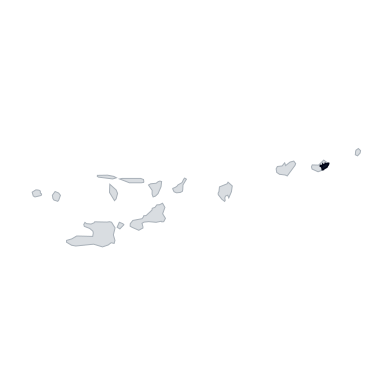 location of South West Tanna, Tafea, Vanuatu, rotated 282°
{"feature_id": "77236927B40431360126678", "entity_name": "South West Tanna", "entity_type": "district", "adm_level": 2, "iso_a3": "VUT", "parent_name": "Vanuatu", "parent_adm1": "Tafea", "projection": "mercator", "projection_center": [169.354, -19.575], "detail": "fine", "context": "in_parent", "style": "filled", "palette": "ink", "viewbox_px": 384, "rotation_deg": 282, "n_neighbors": 0, "source": "geoboundaries", "source_scale": "gbopen_adm2", "svg_char_len": 3954}
<svg xmlns="http://www.w3.org/2000/svg" viewBox="0 0 384 384"><g transform="rotate(282 192 192)"><path d="M125.0,88.4L127.9,104.1L131.3,104.0L133.1,103.2L135.1,99.5L136.0,93.8L137.8,92.9L140.0,93.6L139.1,95.4L139.7,100.0L141.5,102.6L142.6,103.0L144.9,115.1L145.8,117.6L145.7,119.6L140.9,124.2L133.7,124.0L128.6,126.7L125.5,126.5L125.6,123.5L122.8,121.1L119.7,115.9L120.5,106.6L115.0,89.5L114.9,85.2L116.8,79.7L118.6,79.4L121.1,84.1L125.0,88.4ZM155.5,148.7L157.6,149.7L158.7,149.7L159.4,152.0L166.0,156.6L167.8,156.5L169.3,159.0L172.1,160.3L172.8,162.9L174.9,165.5L171.3,168.7L164.6,167.8L160.7,171.5L157.1,170.5L156.5,168.6L157.0,168.0L154.9,163.2L154.0,155.8L152.6,151.4L151.0,149.6L147.8,151.2L146.6,151.5L143.5,147.9L145.0,140.7L145.7,138.6L148.2,138.2L151.9,140.1L155.5,148.7ZM243.4,285.1L241.3,287.5L239.4,287.2L227.5,281.8L228.0,279.6L227.5,273.9L228.8,270.8L232.1,269.5L234.7,270.2L236.2,274.7L239.8,276.6L237.3,278.1L241.6,281.6L243.4,285.1ZM202.7,217.8L207.3,224.6L209.1,225.2L206.3,230.1L200.6,230.5L193.9,229.2L196.3,227.6L195.0,225.6L193.0,225.3L190.7,226.2L189.6,225.9L191.1,222.7L194.8,218.3L195.9,217.9L197.0,217.9L197.9,218.3L202.7,217.8ZM195.9,160.1L190.7,160.6L183.3,159.1L180.4,157.1L179.1,155.0L181.6,153.4L185.3,152.7L189.8,148.0L191.4,149.8L193.1,155.1L195.0,156.7L196.0,158.3L195.9,160.1ZM250.6,314.2L248.2,319.5L244.0,318.3L240.1,314.4L238.0,311.1L239.4,304.7L241.4,303.6L243.5,304.0L244.6,310.2L250.6,314.2ZM192.1,142.7L191.3,142.7L190.5,140.5L188.0,128.9L189.7,118.5L190.7,120.7L194.6,139.0L194.1,142.0L192.1,142.7ZM202.8,181.2L204.1,181.9L203.4,183.9L197.1,181.7L192.1,182.5L190.6,182.4L189.1,180.6L188.0,177.0L188.5,174.4L190.7,172.7L191.5,172.4L193.0,174.6L194.5,176.1L195.9,176.7L199.1,180.3L202.8,181.2ZM178.3,117.3L175.2,119.5L169.5,119.2L167.4,118.0L174.4,111.4L182.5,110.0L178.3,117.3ZM163.3,61.7L161.4,64.0L156.3,63.3L155.0,62.6L155.4,58.7L156.7,57.3L159.8,56.1L164.0,58.0L163.3,61.7ZM159.0,45.0L158.3,45.4L157.2,45.1L154.5,39.4L155.2,37.5L158.6,35.7L161.6,38.8L161.9,40.6L161.9,42.1L161.4,43.4L159.4,43.9L159.0,45.0ZM191.0,112.2L190.2,115.1L188.3,111.7L187.1,97.4L187.6,96.1L188.6,96.0L190.9,105.9L191.0,112.2ZM269.1,345.7L267.5,348.3L265.0,348.3L261.8,346.4L262.4,344.0L266.0,343.6L267.1,343.8L269.1,345.7ZM146.6,131.0L145.8,132.2L140.9,129.1L142.0,126.1L147.3,127.2L146.6,131.0Z" fill="#d9dde1" stroke="#a8b0b8" stroke-width="1"/><path d="M243.2,313.1L243.3,313.1L243.4,313.3L243.4,313.5L243.2,313.6L243.2,313.8L243.2,314.0L242.9,314.2L242.5,314.3L242.3,314.3L242.2,314.3L242.1,314.5L241.8,314.5L241.7,314.4L241.5,314.5L241.4,314.6L241.2,314.7L241.0,314.8L240.9,314.8L240.9,315.0L241.0,315.1L241.0,315.3L241.1,315.5L241.2,315.8L241.3,316.0L241.5,316.0L241.8,316.1L242.0,316.2L242.2,316.3L242.3,316.3L242.4,316.5L242.5,316.5L242.6,316.8L242.8,316.8L243.0,316.9L243.0,317.0L243.1,317.3L243.2,317.5L243.3,317.7L243.5,317.7L243.5,317.8L243.6,318.0L243.8,318.2L244.0,318.2L244.1,318.3L244.2,318.5L244.3,318.7L244.5,318.6L244.7,318.8L244.8,318.8L244.8,318.7L244.8,318.8L245.0,318.9L245.2,319.0L245.3,319.0L245.5,319.1L245.8,319.2L246.0,319.2L246.1,319.3L246.3,319.4L246.4,319.5L246.5,319.5L246.8,319.6L247.0,319.6L247.3,319.5L247.5,319.7L247.6,319.8L247.8,319.8L248.0,319.8L248.3,319.8L248.4,319.7L248.5,319.7L248.5,319.4L248.5,319.2L248.4,319.0L248.3,318.9L248.0,318.8L247.9,318.7L247.7,318.5L247.6,318.2L247.6,317.8L247.6,317.7L247.7,317.4L247.7,317.2L247.7,316.9L247.7,316.7L247.8,316.5L247.8,316.3L247.6,316.3L247.3,316.4L247.2,316.4L247.0,316.2L246.8,316.2L246.3,316.1L246.1,315.9L246.1,315.7L246.1,315.2L246.2,314.7L246.2,314.4L246.2,314.2L246.3,314.1L246.2,314.1L245.9,314.1L245.1,314.2L244.8,314.3L244.7,314.3L244.7,314.2L244.8,314.0L244.8,313.9L244.8,313.7L244.7,313.6L244.8,313.3L244.8,313.1L244.9,312.7L244.8,312.4L244.8,312.2L244.7,312.0L244.4,312.0L244.2,312.1L243.8,312.2L243.8,312.3L243.8,312.9L243.8,313.0L243.6,313.0L243.4,313.1L243.2,313.1Z" fill="#0f172a" stroke="#020617" stroke-width="1.5"/></g></svg>